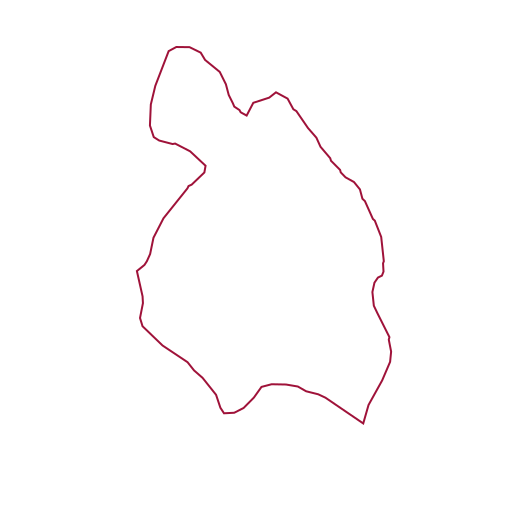 the district of San Jacinto, Chiquimula, Guatemala, rotated 298°
{"feature_id": "79465075B29365665250893", "entity_name": "San Jacinto", "entity_type": "district", "adm_level": 2, "iso_a3": "GTM", "parent_name": "Guatemala", "parent_adm1": "Chiquimula", "projection": "mercator", "projection_center": [-89.507, 14.679], "detail": "fine", "context": "isolated", "style": "outline", "palette": "rose", "viewbox_px": 512, "rotation_deg": 298, "n_neighbors": 0, "source": "geoboundaries", "source_scale": "gbopen_adm2", "svg_char_len": 1253}
<svg xmlns="http://www.w3.org/2000/svg" viewBox="0 0 512 512"><g transform="rotate(298 256 256)"><path d="M186.8,157.9L167.1,174.8L161.3,178.3L146.8,182.7L140.7,188.8L133.1,215.5L130.1,245.4L125.9,255.0L123.3,266.1L114.7,285.9L105.3,295.8L102.1,301.6L107.4,310.4L116.0,316.4L130.0,320.6L143.0,322.3L150.1,330.0L156.6,342.8L160.4,354.2L160.1,363.8L163.1,375.8L163.5,383.8L158.5,429.3L177.3,425.3L205.4,425.8L225.5,424.1L235.0,420.2L244.5,412.5L247.0,411.9L262.6,389.9L267.4,383.4L278.8,375.7L288.1,373.1L294.2,373.8L297.8,376.4L302.1,375.9L309.2,371.6L311.4,371.3L331.6,357.6L343.0,344.3L343.6,341.8L355.6,326.4L356.5,323.1L363.6,316.5L367.3,307.8L367.5,298.1L369.6,291.6L371.5,289.8L375.3,277.5L377.2,275.6L382.7,261.7L388.8,253.8L393.4,241.8L402.9,223.6L403.1,220.1L409.8,210.0L409.9,196.8L402.0,193.3L390.0,181.7L375.6,181.8L375.7,175.0L377.1,172.9L377.7,166.7L379.9,164.0L385.4,156.3L393.5,148.8L401.5,137.6L405.2,119.0L409.6,111.7L409.2,99.3L403.1,87.5L395.9,82.7L359.0,87.2L340.4,92.0L321.4,101.1L313.0,109.9L312.5,116.3L315.7,129.8L317.3,131.8L317.5,148.7L312.0,169.1L305.5,171.2L288.8,165.7L286.1,163.6L283.5,163.7L245.9,156.6L224.0,156.9L208.0,161.6L200.1,162.1L195.7,161.7L186.8,157.9Z" fill="none" stroke="#9f1239" stroke-width="2"/></g></svg>